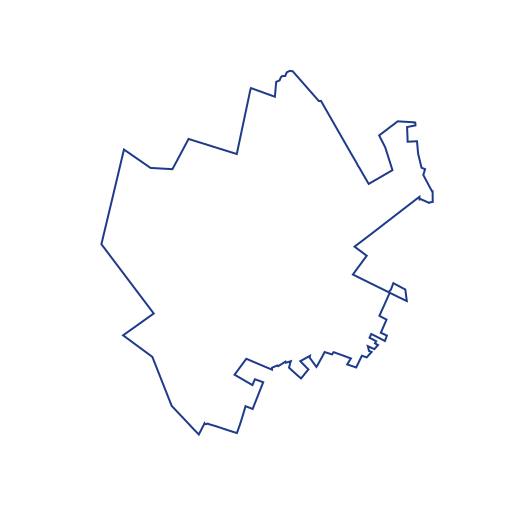 Villa de Arista, San Luis Potosí, Mexico, rotated 197°
{"feature_id": "50627088B5681346085282", "entity_name": "Villa de Arista", "entity_type": "district", "adm_level": 2, "iso_a3": "MEX", "parent_name": "Mexico", "parent_adm1": "San Luis Potosí", "projection": "mercator", "projection_center": [-100.881, 22.664], "detail": "fine", "context": "isolated", "style": "outline", "palette": "blue", "viewbox_px": 512, "rotation_deg": 197, "n_neighbors": 0, "source": "geoboundaries", "source_scale": "gbopen_adm2", "svg_char_len": 3199}
<svg xmlns="http://www.w3.org/2000/svg" viewBox="0 0 512 512"><g transform="rotate(197 256 256)"><path d="M142.7,430.1L144.2,429.8L144.2,430.0L159.9,426.2L163.0,421.8L165.4,418.6L167.2,416.0L173.5,407.3L164.2,397.7L150.6,378.0L169.3,357.9L171.0,359.4L173.2,361.5L178.6,366.5L180.5,368.3L181.5,369.2L182.4,370.1L184.8,372.1L186.9,374.3L195.9,382.6L197.2,383.9L197.4,384.0L206.1,392.2L239.2,423.3L241.1,422.5L274.9,443.4L277.9,442.9L280.3,440.6L280.7,436.7L283.7,435.6L284.4,434.4L284.8,430.9L287.6,428.4L284.5,413.8L309.9,415.1L310.0,413.5L304.2,347.9L354.7,348.2L358.4,329.3L359.0,326.2L361.3,314.6L382.6,309.4L413.4,319.2L411.0,281.7L407.3,222.1L337.0,171.1L359.9,141.3L325.6,129.2L292.8,88.0L285.2,83.7L268.3,74.1L267.2,73.4L258.5,68.6L256.3,80.9L256.1,80.7L255.8,80.6L255.4,80.5L255.0,80.5L254.7,80.6L254.3,80.7L254.2,80.8L254.1,81.0L253.9,81.2L253.7,81.4L253.3,81.5L252.8,81.6L252.7,81.4L244.8,81.5L232.8,81.2L222.5,81.1L222.1,89.7L222.0,95.6L222.0,99.9L222.1,109.3L217.6,109.0L214.5,108.7L212.2,137.4L221.0,137.8L221.7,131.5L226.0,132.5L235.8,134.8L238.8,135.5L241.8,136.2L235.2,154.9L218.5,153.1L211.3,152.4L207.5,152.0L208.0,153.9L205.1,156.3L203.6,157.6L202.6,157.1L196.9,163.6L196.2,162.7L191.9,165.6L191.9,165.2L191.9,164.8L192.1,164.5L191.9,162.0L191.8,158.9L188.1,157.1L186.4,156.3L181.3,153.9L177.1,152.1L176.3,154.0L175.4,156.3L174.0,159.8L172.7,162.8L182.9,168.4L175.2,176.3L175.0,174.5L165.8,167.6L165.1,170.2L164.4,173.7L163.1,179.8L163.0,180.8L162.9,181.0L162.3,184.2L154.5,184.1L153.7,186.7L153.0,186.7L144.6,186.3L135.9,185.8L135.3,185.8L137.1,179.0L135.6,178.9L130.1,178.8L127.6,178.7L126.0,189.0L125.8,190.2L125.6,191.6L120.5,191.4L119.4,193.8L119.0,194.7L118.6,195.5L117.9,196.9L117.4,198.0L120.2,198.3L120.7,199.1L121.4,200.4L121.7,200.9L122.1,201.5L122.7,202.5L115.6,201.5L114.3,204.4L113.7,205.6L113.3,206.5L116.7,207.3L116.1,209.6L119.2,210.2L121.1,210.6L123.5,211.0L123.0,215.1L122.3,215.0L118.6,214.4L115.4,213.8L114.8,213.7L113.1,213.4L110.1,212.8L109.3,212.7L107.9,212.4L107.7,215.5L107.6,218.2L108.7,218.3L109.7,218.5L114.2,219.1L113.9,221.4L113.9,221.6L113.4,226.0L113.0,229.5L112.7,232.2L112.6,233.3L113.3,233.5L116.2,234.0L120.5,234.9L120.5,235.3L120.2,237.0L120.1,238.1L120.0,239.2L119.2,245.0L117.4,259.9L116.6,259.8L112.6,259.2L107.4,258.3L106.5,258.2L104.9,258.0L103.4,257.7L103.2,257.7L98.8,257.0L98.6,257.0L103.4,267.6L107.6,268.4L111.7,269.2L116.7,270.2L116.8,268.7L117.2,263.1L118.7,260.2L126.7,261.5L137.9,263.3L147.6,264.9L157.9,266.6L155.1,274.8L153.2,280.0L151.7,284.4L151.0,286.3L150.2,288.6L163.5,293.4L164.5,293.8L163.2,295.5L162.4,296.7L154.6,307.5L153.2,309.4L151.3,312.1L146.7,318.6L143.9,322.5L142.0,325.3L140.9,326.8L140.4,327.5L138.2,330.5L137.1,332.1L136.9,332.4L135.2,334.8L134.8,335.4L133.5,337.2L133.1,337.8L132.6,338.5L132.2,339.0L129.3,343.2L129.2,343.3L128.8,343.8L126.7,346.8L123.9,350.7L123.9,350.8L122.5,352.7L122.1,353.2L120.6,355.4L118.6,358.2L117.0,360.4L116.1,357.9L114.8,358.5L106.0,357.4L105.6,358.0L102.8,359.4L106.0,369.4L106.4,369.2L109.7,372.4L119.7,382.4L119.7,388.5L123.5,388.8L130.9,401.3L135.6,412.8L144.4,409.6L149.2,423.5L141.7,427.5L142.2,429.0L142.7,430.1Z" fill="none" stroke="#1e3a8a" stroke-width="2"/></g></svg>